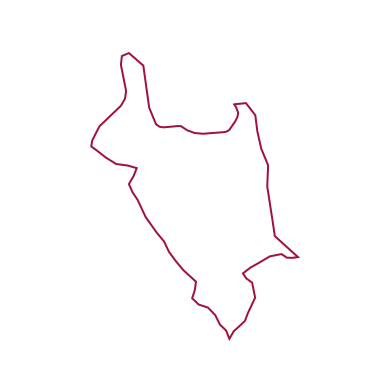 SVG path tracing the border of Kəlbəcər, rotated 73°
{"feature_id": "AZE-1682", "entity_name": "Kəlbəcər", "entity_type": "District", "adm_level": 1, "iso_a3": "AZE", "parent_name": "Azerbaijan", "parent_adm1": "", "projection": "natural_earth1", "projection_center": [46.186, 40.056], "detail": "fine", "context": "isolated", "style": "outline", "palette": "rose", "viewbox_px": 384, "rotation_deg": 73, "n_neighbors": 0, "source": "natural_earth", "source_scale": "10m", "svg_char_len": 1187}
<svg xmlns="http://www.w3.org/2000/svg" viewBox="0 0 384 384"><g transform="rotate(73 192 192)"><path d="M98.8,208.3L116.7,206.6L120.1,203.9L121.8,200.5L124.9,185.8L125.8,183.3L131.5,178.6L136.3,172.3L139.5,164.5L144.1,143.9L144.3,142.0L144.1,140.1L143.6,138.3L137.1,130.0L133.4,126.5L129.7,124.7L124.1,125.0L120.5,126.0L120.5,125.9L122.8,114.4L137.1,109.0L153.2,111.8L170.8,113.1L188.7,111.4L208.6,118.4L230.0,121.5L239.8,122.9L240.0,122.9L258.4,125.7L285.2,109.7L284.3,115.3L282.5,120.6L280.0,122.5L277.5,124.7L276.3,136.4L279.1,147.8L281.4,158.3L284.7,167.1L290.6,165.3L296.2,161.0L311.5,162.5L324.3,174.1L330.8,179.1L334.0,185.6L335.9,189.6L337.3,192.7L343.3,199.2L334.5,199.9L332.4,201.0L327.1,204.0L316.5,205.8L307.2,210.5L301.6,218.5L293.7,222.9L286.8,218.1L279.0,214.4L271.9,218.6L265.9,222.1L264.0,223.2L253.3,227.7L242.5,231.5L231.1,233.2L220.1,237.8L202.2,243.7L183.7,246.3L174.7,249.0L166.0,250.0L159.6,243.1L153.0,237.9L147.9,245.7L143.1,256.3L133.8,264.4L123.9,271.3L119.0,275.0L113.5,272.3L102.0,261.2L100.1,257.3L88.7,234.7L83.2,228.8L76.2,225.5L49.6,222.8L41.5,219.3L41.0,214.9L40.7,211.7L56.9,201.6L98.8,208.3Z" fill="none" stroke="#9f1239" stroke-width="2"/></g></svg>